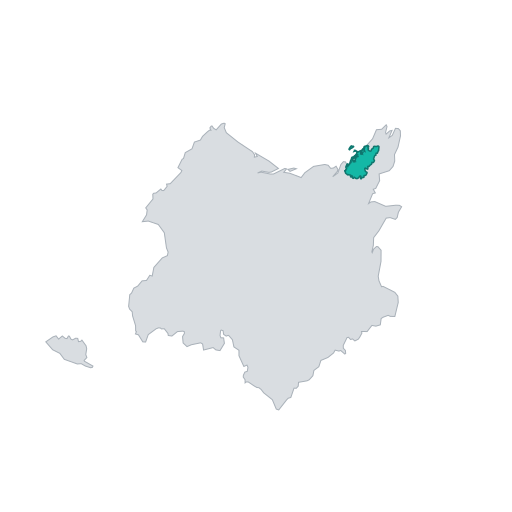 France, with Morbihan highlighted, rotated 116°
{"feature_id": "FRA-5327", "entity_name": "Morbihan", "entity_type": "Metropolitan department", "adm_level": 1, "iso_a3": "FRA", "parent_name": "France", "parent_adm1": "", "projection": "equal_earth", "projection_center": [-2.844, 47.752], "detail": "fine", "context": "in_parent", "style": "filled", "palette": "teal", "viewbox_px": 512, "rotation_deg": 116, "n_neighbors": 0, "source": "natural_earth", "source_scale": "10m", "svg_char_len": 9004}
<svg xmlns="http://www.w3.org/2000/svg" viewBox="0 0 512 512"><g transform="rotate(116 256 256)"><path d="M374.8,210.2L372.0,211.6L370.4,214.4L368.6,215.1L365.2,215.1L363.5,213.3L359.6,214.4L358.0,216.3L360.6,218.5L353.1,227.6L348.2,230.0L347.4,236.0L341.6,240.5L339.6,245.2L339.5,246.2L341.1,247.7L340.6,250.8L337.6,252.8L337.8,254.8L338.6,255.1L343.2,253.5L344.9,251.7L343.8,249.2L348.4,246.1L356.8,246.9L358.0,250.9L357.1,254.4L363.5,261.9L358.5,265.4L358.3,267.7L364.1,275.2L367.7,278.3L366.1,283.4L360.6,286.7L356.9,286.4L355.4,287.3L355.6,288.8L358.4,293.5L364.8,296.5L365.9,300.0L364.2,301.2L361.6,306.5L363.0,309.1L362.6,310.3L363.3,312.1L365.1,313.8L373.9,318.4L381.7,317.5L382.8,320.1L378.4,327.1L378.9,330.2L376.4,330.3L376.1,331.3L371.4,333.7L363.9,340.7L360.4,342.8L359.1,346.4L357.1,348.4L346.1,352.5L343.9,351.6L338.4,351.7L334.9,349.1L328.3,347.5L326.0,343.7L319.9,343.0L319.5,340.5L311.0,342.8L298.8,339.4L294.5,335.8L291.0,336.7L288.0,340.0L275.3,348.6L270.5,357.6L271.8,368.1L275.0,373.2L267.0,372.4L262.3,374.0L261.1,376.2L249.9,373.6L245.8,375.8L244.6,375.6L243.1,373.4L237.5,370.9L238.4,369.2L237.6,367.6L232.4,366.4L230.6,367.9L228.6,364.8L214.0,360.1L211.7,360.1L210.8,364.9L201.5,364.8L200.1,363.9L194.1,364.9L187.7,360.5L180.6,361.3L176.2,356.8L171.9,356.5L165.9,354.2L163.2,352.9L162.8,351.6L161.1,353.6L158.9,353.2L158.4,352.6L159.8,350.0L160.1,347.1L152.6,345.0L150.6,342.9L150.6,341.7L154.6,340.8L158.2,336.7L161.5,322.1L163.8,304.9L165.6,301.7L167.9,300.8L166.0,298.5L163.8,301.5L165.0,285.9L167.5,274.2L173.8,279.0L175.2,281.1L177.1,288.0L180.7,291.0L178.4,288.1L176.0,278.9L174.6,276.2L164.7,268.5L164.3,266.7L168.6,267.7L166.8,261.9L165.7,249.8L159.7,248.6L150.2,243.5L143.6,234.3L142.8,230.9L144.5,227.3L143.0,225.0L140.2,223.4L142.3,220.3L144.3,220.0L151.1,221.8L145.5,218.8L136.5,219.8L132.9,218.8L132.2,216.7L134.7,213.9L131.6,212.2L126.5,212.6L125.8,211.9L127.4,209.9L126.1,209.1L121.8,209.9L119.4,209.3L117.2,207.0L110.4,206.5L108.9,205.2L99.5,202.6L89.7,203.1L87.0,198.6L81.0,196.5L82.2,195.0L88.2,193.7L89.4,192.5L85.0,190.7L83.5,188.8L91.5,188.4L87.9,186.4L80.1,186.6L79.1,183.9L80.2,181.2L84.7,178.8L95.9,176.1L104.1,176.0L109.9,172.9L115.5,172.1L120.9,173.6L128.3,181.3L134.1,177.9L142.8,178.0L144.6,179.9L147.0,176.4L148.9,178.5L159.5,177.8L157.0,176.4L155.0,173.1L154.5,161.2L149.0,152.5L147.6,149.3L147.9,146.7L154.2,147.2L159.5,146.0L162.0,146.8L162.7,152.3L164.9,155.6L179.5,156.6L187.9,158.3L195.0,155.2L201.5,153.7L202.1,153.0L198.3,153.3L194.7,151.9L194.2,150.5L196.0,146.1L206.0,141.3L220.6,137.3L224.4,134.6L228.6,129.7L227.6,128.5L227.8,115.3L229.9,110.9L235.4,107.8L249.5,104.7L251.4,108.9L251.4,111.2L255.3,114.9L257.3,116.1L263.4,114.1L266.5,117.5L267.6,121.4L275.2,123.0L277.6,128.1L278.9,127.0L283.6,127.2L285.9,127.6L289.0,129.9L288.2,132.9L289.6,134.4L288.5,137.2L289.4,138.4L298.1,138.4L300.6,137.1L301.7,134.3L304.2,132.7L305.2,133.2L303.8,138.4L305.1,139.8L305.9,143.6L309.2,143.8L315.7,146.9L321.4,151.9L328.0,151.0L333.4,153.8L338.7,152.4L343.9,153.9L345.8,155.4L350.9,162.4L354.5,161.0L357.2,161.8L358.1,163.9L367.9,162.7L369.7,164.7L371.8,165.4L384.4,168.1L384.7,170.7L378.0,178.3L375.6,189.1L373.7,192.9L373.1,195.7L373.8,197.6L373.6,200.6L372.6,207.7L373.6,209.7L374.8,210.2ZM429.7,361.1L429.4,365.9L431.4,369.3L432.9,383.0L429.5,389.6L429.4,397.7L425.3,407.3L417.7,403.0L415.4,400.7L417.2,397.0L412.8,395.0L413.7,391.5L413.1,389.7L410.1,389.5L409.9,388.6L411.9,385.8L411.8,384.1L408.9,382.0L408.2,380.1L410.8,378.0L409.5,376.1L407.9,375.6L411.2,369.4L413.6,367.5L419.2,365.8L421.4,363.5L425.2,364.7L425.8,364.1L426.4,354.3L427.7,354.2L428.9,355.5L429.7,361.1ZM165.0,262.5L164.2,265.3L160.4,260.6L159.9,258.0L165.0,262.5Z" fill="#d9dde1" stroke="#a8b0b8" stroke-width="1"/><path d="M133.9,214.5L133.5,214.4L133.2,214.3L133.4,213.7L133.1,213.3L133.3,213.1L134.8,213.0L135.7,212.8L136.2,212.8L135.8,212.7L135.2,212.8L134.7,212.8L132.9,212.2L132.5,212.1L132.2,212.2L131.4,212.4L130.5,212.4L130.3,212.5L130.2,212.6L129.8,212.4L130.1,212.3L130.6,212.1L130.9,211.8L131.1,211.3L130.7,211.7L130.4,211.7L130.0,211.7L129.6,211.8L129.8,211.8L130.0,211.9L130.1,212.0L129.5,212.2L129.2,212.1L128.9,212.7L128.6,212.9L127.8,212.6L127.4,212.7L126.2,213.0L125.7,213.1L125.4,213.0L125.0,212.9L124.7,212.6L124.3,211.9L124.2,211.9L124.1,211.7L123.9,211.6L123.6,211.6L123.6,211.3L123.2,211.2L123.6,211.0L124.2,211.0L124.6,211.6L124.9,211.4L125.0,211.3L125.4,211.6L125.4,211.4L125.5,210.9L125.9,211.3L126.5,211.5L127.2,211.4L127.7,211.1L127.5,210.9L128.4,209.8L128.5,209.2L128.0,208.6L128.0,208.8L128.2,209.0L128.3,209.2L128.1,209.4L127.8,209.4L128.2,209.7L128.1,209.8L127.9,209.9L127.7,209.9L127.5,209.7L126.4,209.0L126.9,209.1L127.3,209.2L127.0,208.9L126.8,208.7L126.0,208.6L126.4,208.8L125.9,209.0L124.6,209.1L124.4,209.3L124.2,209.7L123.7,209.9L122.9,210.1L122.9,209.9L123.1,209.9L123.1,209.7L122.8,209.7L122.7,209.7L122.6,209.9L122.4,209.9L122.3,209.5L122.3,209.2L122.6,208.8L122.2,208.8L122.0,208.6L121.8,208.4L121.8,208.0L121.6,208.0L121.7,208.6L121.8,208.8L121.8,209.5L121.9,209.9L122.1,210.2L122.3,210.5L122.6,210.7L122.5,210.9L122.5,211.0L122.4,211.1L122.1,210.7L121.9,210.8L121.7,210.6L121.4,210.3L121.1,210.1L121.3,210.5L121.1,210.7L120.9,210.6L120.8,210.2L120.7,209.7L120.5,209.8L120.5,210.1L120.6,210.5L120.3,210.5L120.1,210.4L119.2,210.7L118.8,210.7L118.5,210.5L118.7,210.4L118.8,210.3L118.6,210.1L118.3,210.0L118.0,210.0L117.8,210.3L118.0,210.4L118.2,210.5L117.9,211.5L118.0,212.4L118.4,213.1L119.0,213.7L118.6,213.7L118.1,213.5L117.8,213.7L117.5,212.8L117.5,212.5L117.6,212.2L117.8,211.7L117.8,211.2L117.8,210.5L117.6,210.0L117.3,209.6L117.0,209.2L116.8,209.1L116.5,209.0L116.3,208.9L116.2,208.7L116.2,208.3L116.5,207.5L118.3,206.7L118.2,206.6L118.2,206.4L118.2,206.2L118.2,205.9L117.8,206.0L117.7,206.1L117.7,205.5L117.7,205.2L117.3,205.6L117.1,205.5L116.8,205.4L116.4,205.4L116.7,205.6L116.9,205.8L117.1,206.1L117.2,206.5L116.7,206.6L116.4,206.9L116.0,206.9L116.1,207.0L116.4,207.4L116.0,207.5L115.9,207.8L115.8,208.1L115.6,208.2L114.7,207.4L114.1,207.2L113.1,207.0L112.4,206.9L112.9,206.8L113.3,206.8L114.2,207.1L114.2,206.9L113.9,206.7L113.4,206.6L112.4,206.5L112.4,206.3L112.6,206.3L112.7,206.2L112.8,206.1L112.8,205.8L112.9,205.7L113.3,205.7L113.7,205.0L113.9,204.6L114.2,204.4L114.2,204.2L113.7,204.7L113.1,205.3L112.3,205.6L111.8,205.7L112.0,205.8L112.3,206.1L112.3,206.3L110.3,206.7L110.0,206.6L109.9,206.5L109.2,205.7L108.8,205.0L108.6,204.8L108.5,204.6L108.4,204.4L108.1,204.6L107.9,204.4L107.8,204.0L107.8,203.6L107.8,203.3L107.9,203.1L108.1,202.8L108.3,202.7L108.5,202.6L108.8,202.7L109.3,203.0L109.6,202.9L109.9,202.7L110.0,202.4L110.1,202.2L110.3,201.9L110.6,201.8L111.2,201.9L111.5,201.6L111.7,201.2L111.8,200.2L111.8,199.8L111.6,199.1L111.3,198.8L110.9,198.7L109.7,198.9L109.1,198.8L107.9,198.0L107.4,198.0L106.1,198.2L105.6,197.9L104.9,196.0L104.8,195.8L104.0,194.9L103.8,194.8L103.6,194.6L103.6,194.2L103.7,193.6L104.1,193.3L107.6,192.0L108.1,192.2L110.3,192.0L110.5,192.1L110.6,192.4L110.6,192.5L111.0,193.1L111.6,193.0L112.6,192.6L112.9,192.5L113.0,192.7L113.2,192.9L113.4,193.1L114.1,193.3L117.1,192.9L117.5,192.7L117.7,192.4L117.9,191.7L118.1,191.5L118.6,191.3L120.1,191.4L120.6,191.6L120.7,191.8L120.9,192.6L121.0,192.8L121.3,192.8L122.3,192.4L123.0,192.5L124.6,193.4L125.5,193.5L125.9,193.7L126.3,194.6L126.5,194.8L127.4,194.2L128.8,193.7L129.1,193.9L129.1,196.4L129.6,196.6L130.4,196.2L131.7,195.1L132.0,194.6L132.1,194.2L132.1,193.2L132.3,192.8L132.7,192.6L134.7,192.6L135.2,192.7L135.5,192.9L135.7,193.1L136.1,193.9L136.3,194.1L136.7,194.1L137.5,193.6L138.0,193.6L138.4,194.0L138.6,194.2L139.0,195.1L139.2,195.3L139.5,195.3L139.9,195.2L140.3,195.2L140.6,195.4L140.6,195.7L140.3,196.1L138.7,196.5L138.3,196.9L138.4,197.5L138.7,197.7L140.8,198.1L141.9,198.8L142.1,199.1L142.3,199.4L142.4,199.7L142.5,200.1L142.5,200.4L142.3,201.0L142.3,202.0L142.2,202.3L143.1,202.3L143.4,202.4L143.6,202.7L143.6,203.1L143.4,203.6L143.2,203.9L143.1,204.1L142.9,204.2L142.3,204.3L142.1,204.4L141.9,204.6L142.0,204.9L142.2,205.1L143.2,205.1L143.4,205.5L143.3,205.8L143.0,205.8L142.5,205.8L142.1,205.9L141.9,206.1L141.9,206.4L141.9,206.9L142.0,207.2L142.3,207.6L142.3,207.8L142.3,208.5L142.8,208.9L142.8,209.0L142.9,209.3L142.8,209.5L142.8,209.8L142.7,210.0L142.6,210.3L142.3,211.7L142.0,212.1L141.7,212.3L141.2,212.6L141.1,212.9L140.9,213.2L140.8,213.4L140.6,213.5L140.4,213.6L140.2,213.4L140.1,213.1L140.1,212.9L139.9,212.8L139.5,213.0L139.1,213.1L138.8,213.2L138.6,213.1L138.4,212.9L138.2,212.8L137.9,212.8L137.7,212.9L137.7,213.0L137.4,213.4L137.2,213.7L136.9,214.1L136.6,214.3L136.4,214.3L136.2,214.3L135.9,214.3L135.5,214.4L135.2,214.4L134.8,214.2L134.5,214.1L134.3,214.1L134.1,214.2L133.9,214.5L133.9,214.5ZM118.2,218.2L118.5,218.3L119.2,218.3L119.5,218.5L119.4,219.1L118.7,219.3L116.9,219.1L115.6,218.8L115.2,218.5L115.3,218.0L115.1,217.5L114.8,217.0L114.7,216.6L114.9,216.4L115.0,216.2L115.4,216.4L115.7,216.5L116.7,217.0L117.3,217.4L117.4,217.5L118.2,218.2Z" fill="#14b8a6" stroke="#0f766e" stroke-width="1.5"/></g></svg>